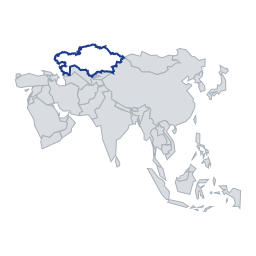 Kazakhstan on a map of Asia (Equal Earth projection)
{"feature_id": "KAZ", "entity_name": "Kazakhstan", "entity_type": "country or territory", "adm_level": 0, "iso_a3": "KAZ", "parent_name": "Asia", "parent_adm1": "", "projection": "equal_earth", "projection_center": [65.802, 47.999], "detail": "fine", "context": "in_parent", "style": "outline", "palette": "blue", "viewbox_px": 256, "rotation_deg": 0, "n_neighbors": 45, "source": "natural_earth", "source_scale": "50m", "svg_char_len": 16611}
<svg xmlns="http://www.w3.org/2000/svg" viewBox="0 0 256 256"><path d="M69.6,75.2L70.0,66.7L74.6,65.4L80.6,70.1L85.7,69.6L87.8,71.3L88.9,75.5L91.7,76.7L96.5,73.0L95.5,74.7L100.3,76.2L98.1,77.9L95.9,77.8L96.0,76.0L93.6,76.6L92.2,79.4L90.7,79.3L92.0,82.7L91.0,85.2L74.5,71.8L71.7,75.2L69.6,75.2Z" fill="#d9dde1" stroke="#a8b0b8" stroke-width="1"/><path d="M240.6,190.6L239.9,208.4L238.2,206.2L233.1,206.5L235.4,203.5L234.1,198.2L225.6,193.1L224.2,194.7L222.3,191.2L225.8,189.5L222.8,189.5L219.3,186.0L226.4,185.6L227.2,191.0L229.3,192.7L233.4,188.1L240.6,190.6ZM207.3,207.8L206.0,211.2L204.0,211.5L205.2,208.9L207.3,207.8ZM226.4,202.3L226.3,200.3L227.1,198.4L227.5,200.5L226.4,202.3ZM193.4,172.0L192.3,174.5L195.8,180.9L193.4,181.3L189.9,194.4L177.9,191.5L175.3,182.3L176.7,177.9L178.5,181.3L185.2,180.1L186.9,179.5L189.3,171.6L193.4,172.0ZM213.9,192.7L219.1,191.9L219.8,194.0L213.9,192.7ZM211.8,193.8L210.4,193.3L210.0,192.1L212.1,192.0L211.8,193.8ZM214.0,177.4L215.6,180.3L214.4,185.9L213.0,180.6L214.0,177.4ZM199.7,179.8L208.5,179.5L205.4,182.8L198.2,182.8L197.9,184.8L199.8,187.3L204.7,185.1L200.9,188.6L204.1,198.1L202.2,197.9L203.2,195.7L200.7,196.0L199.8,190.6L198.4,191.5L198.5,198.6L197.2,199.0L195.3,191.1L197.5,183.0L199.7,179.8ZM198.6,210.7L195.0,209.6L197.0,209.1L198.6,210.7ZM197.1,207.6L201.4,206.6L203.2,205.6L202.9,207.1L197.1,207.6ZM193.1,205.6L195.5,207.3L190.6,208.2L193.1,205.6ZM169.2,199.6L182.5,202.5L188.6,206.4L186.2,207.4L167.7,202.2L169.2,199.6ZM164.1,185.4L169.5,191.8L168.7,199.5L166.5,199.5L162.2,195.0L147.3,168.4L151.8,169.0L158.3,177.6L162.1,179.6L164.9,183.1L164.1,185.4Z" fill="#d9dde1" stroke="#a8b0b8" stroke-width="1"/><path d="M207.5,209.2L209.4,206.5L212.2,206.5L207.5,209.2Z" fill="#d9dde1" stroke="#a8b0b8" stroke-width="1"/><path d="M30.9,94.7L28.9,98.2L28.2,104.2L27.4,99.9L29.5,95.2L30.9,94.7Z" fill="#d9dde1" stroke="#a8b0b8" stroke-width="1"/><path d="M32.7,92.4L29.6,95.2L32.5,91.4L32.7,92.4Z" fill="#d9dde1" stroke="#a8b0b8" stroke-width="1"/><path d="M30.2,96.9L28.7,99.5L29.5,96.6L30.2,96.9Z" fill="#d9dde1" stroke="#a8b0b8" stroke-width="1"/><path d="M30.2,96.9L36.6,94.4L37.0,97.5L32.7,99.1L34.3,101.7L30.3,105.0L28.2,104.2L30.2,96.9Z" fill="#d9dde1" stroke="#a8b0b8" stroke-width="1"/><path d="M59.5,117.8L64.2,118.1L68.7,114.0L66.1,122.4L60.2,121.1L59.5,117.8Z" fill="#d9dde1" stroke="#a8b0b8" stroke-width="1"/><path d="M58.0,116.5L58.0,114.6L59.1,112.9L59.6,115.3L58.0,116.5Z" fill="#d9dde1" stroke="#a8b0b8" stroke-width="1"/><path d="M52.0,102.8L53.9,106.7L50.4,105.2L52.0,102.8Z" fill="#d9dde1" stroke="#a8b0b8" stroke-width="1"/><path d="M37.0,97.5L36.6,94.4L41.0,91.8L42.0,87.1L45.0,84.6L48.6,85.1L50.7,88.7L49.1,93.0L52.4,96.7L54.4,103.1L46.9,105.0L37.0,97.5Z" fill="#d9dde1" stroke="#a8b0b8" stroke-width="1"/><path d="M66.5,121.9L68.9,116.0L75.5,122.9L71.5,128.4L71.2,131.8L61.9,138.0L59.8,131.7L65.9,129.0L67.3,123.7L66.5,121.9ZM69.2,112.4L68.4,113.1L69.0,112.2L69.2,112.4Z" fill="#d9dde1" stroke="#a8b0b8" stroke-width="1"/><path d="M161.5,150.0L162.0,144.5L168.2,145.4L169.0,143.6L171.5,146.4L171.4,149.6L168.1,151.7L169.1,153.4L163.6,154.3L161.5,150.0Z" fill="#d9dde1" stroke="#a8b0b8" stroke-width="1"/><path d="M166.5,144.4L162.0,144.5L161.5,150.0L156.3,146.7L155.0,158.1L161.2,166.3L159.2,167.8L152.9,160.5L155.5,150.8L152.3,142.1L153.5,139.2L150.1,133.2L151.6,129.8L155.2,127.9L157.7,130.5L157.6,135.7L161.7,133.5L164.9,135.9L167.0,140.9L166.5,144.4Z" fill="#d9dde1" stroke="#a8b0b8" stroke-width="1"/><path d="M170.9,144.6L166.5,144.4L167.0,140.9L163.3,133.7L157.6,135.7L157.7,130.5L155.2,127.9L158.4,125.9L157.8,122.9L161.2,127.0L163.6,127.0L164.6,129.3L162.9,131.0L170.4,140.0L170.9,144.6Z" fill="#d9dde1" stroke="#a8b0b8" stroke-width="1"/><path d="M155.2,127.9L151.6,129.8L150.1,133.2L153.5,139.2L152.3,142.1L155.5,150.8L153.6,156.2L153.2,147.5L149.9,137.2L146.5,140.5L144.1,139.6L144.1,133.8L139.5,125.1L144.1,111.8L147.8,110.4L147.9,107.4L150.7,109.3L149.5,118.7L151.5,118.3L153.5,121.2L153.1,123.4L156.9,124.1L155.2,127.9Z" fill="#d9dde1" stroke="#a8b0b8" stroke-width="1"/><path d="M165.3,154.7L169.1,153.4L168.1,151.7L171.4,149.6L171.1,141.9L162.9,131.0L164.6,129.3L163.6,127.0L161.2,127.0L158.8,122.5L164.8,120.2L170.6,124.9L166.5,131.5L173.7,141.7L175.0,151.5L167.1,159.8L165.3,154.7Z" fill="#d9dde1" stroke="#a8b0b8" stroke-width="1"/><path d="M202.7,72.7L202.2,76.2L199.1,78.9L201.3,82.2L195.0,82.8L195.4,79.8L193.1,78.5L194.1,76.9L196.4,74.0L199.1,74.8L198.4,73.6L201.1,71.3L202.7,72.7Z" fill="#d9dde1" stroke="#a8b0b8" stroke-width="1"/><path d="M198.0,83.7L201.4,81.6L204.6,86.0L205.1,90.2L200.6,91.9L198.5,86.2L199.8,85.8L198.0,83.7Z" fill="#d9dde1" stroke="#a8b0b8" stroke-width="1"/><path d="M124.4,57.2L131.5,53.9L140.3,56.2L142.0,51.3L151.0,55.5L156.3,55.1L159.5,57.2L163.3,57.5L168.8,55.1L173.0,55.9L172.9,60.6L176.6,59.8L180.2,62.1L170.7,67.1L167.8,66.4L167.2,67.9L168.5,69.5L166.5,71.6L157.4,74.5L149.6,72.0L141.5,71.9L139.2,68.4L131.2,66.0L130.7,62.4L124.4,57.2Z" fill="#d9dde1" stroke="#a8b0b8" stroke-width="1"/><path d="M147.9,107.4L147.8,110.4L144.1,111.8L140.2,123.6L138.9,119.4L138.1,121.1L137.0,119.8L139.1,115.9L134.2,115.1L131.4,112.1L130.8,113.8L132.3,115.2L130.8,117.1L132.0,117.8L132.8,124.5L129.0,125.1L128.3,128.6L120.1,138.2L116.4,140.0L115.7,155.0L111.1,161.6L102.8,139.8L100.7,125.4L96.5,126.7L91.9,119.3L97.5,117.5L94.5,110.8L96.5,108.1L98.8,108.3L105.1,97.2L102.1,92.1L107.9,91.3L109.6,89.2L111.8,92.1L111.8,99.1L116.5,102.5L114.7,106.0L121.1,109.7L130.4,112.2L131.4,107.8L131.8,110.4L133.6,111.4L138.0,111.1L137.2,108.7L145.3,104.3L145.8,107.0L147.9,107.4Z" fill="#d9dde1" stroke="#a8b0b8" stroke-width="1"/><path d="M138.9,119.4L139.8,127.2L137.6,121.7L135.8,121.6L135.5,124.2L133.0,123.6L130.8,117.1L132.3,115.2L130.8,113.8L131.4,112.1L134.2,115.1L139.1,115.9L137.0,119.8L138.1,121.1L138.9,119.4Z" fill="#d9dde1" stroke="#a8b0b8" stroke-width="1"/><path d="M137.2,108.7L138.0,111.1L131.8,110.4L133.8,107.3L137.2,108.7Z" fill="#d9dde1" stroke="#a8b0b8" stroke-width="1"/><path d="M130.3,108.4L130.4,112.2L128.8,112.2L114.7,106.0L117.2,101.9L125.8,107.5L130.3,108.4Z" fill="#d9dde1" stroke="#a8b0b8" stroke-width="1"/><path d="M109.6,89.2L107.9,91.3L102.1,92.1L105.1,97.2L98.8,108.3L96.5,108.1L94.5,110.8L97.5,117.5L91.9,119.3L88.4,114.7L78.9,115.6L79.7,112.6L82.5,111.3L77.9,103.4L81.0,104.7L88.3,103.2L89.4,99.6L93.9,98.1L98.4,86.7L104.5,85.2L106.5,88.2L109.6,89.2Z" fill="#d9dde1" stroke="#a8b0b8" stroke-width="1"/><path d="M85.3,85.2L93.5,85.1L96.4,81.9L98.4,86.1L101.0,84.3L104.5,85.2L97.4,87.8L98.1,90.0L96.8,92.9L95.0,92.8L95.8,94.5L93.9,98.1L89.4,99.6L88.3,103.2L81.0,104.7L77.9,103.4L79.6,101.1L77.4,95.4L78.8,88.8L82.0,89.4L85.3,85.2Z" fill="#d9dde1" stroke="#a8b0b8" stroke-width="1"/><path d="M91.0,85.2L92.0,82.7L90.7,79.3L96.0,76.0L96.7,77.7L93.9,79.4L101.6,79.7L104.1,84.5L98.4,86.1L96.4,81.9L93.5,85.1L91.0,85.2Z" fill="#d9dde1" stroke="#a8b0b8" stroke-width="1"/><path d="M96.5,73.0L101.0,72.4L102.2,70.6L113.0,72.8L101.6,79.7L93.9,79.4L94.1,78.1L100.3,76.2L95.5,74.7L96.5,73.0Z" fill="#d9dde1" stroke="#a8b0b8" stroke-width="1"/><path d="M63.5,74.1L66.4,72.8L68.7,75.3L71.7,75.2L74.5,71.8L88.6,83.1L88.6,84.6L87.2,83.9L80.6,89.7L78.8,88.8L78.6,86.8L71.8,83.0L65.4,85.0L65.6,80.8L63.6,78.2L64.1,76.2L67.4,76.0L65.7,73.3L64.0,75.6L63.5,74.1Z" fill="#d9dde1" stroke="#a8b0b8" stroke-width="1"/><path d="M54.4,103.1L52.4,96.7L49.1,93.0L50.7,88.7L47.8,83.2L47.9,79.7L51.4,81.3L55.1,79.3L56.8,84.1L59.7,85.8L65.2,85.6L70.5,82.8L78.6,86.8L77.4,95.4L79.6,101.1L77.9,103.4L82.5,111.3L79.7,112.6L78.9,115.6L70.9,113.9L70.2,110.7L63.5,111.1L59.8,108.4L57.4,102.6L54.4,103.1Z" fill="#d9dde1" stroke="#a8b0b8" stroke-width="1"/><path d="M30.6,96.1L32.7,92.4L31.7,89.4L33.7,86.0L44.1,85.0L42.0,87.1L41.0,91.8L32.6,97.1L30.6,96.1Z" fill="#d9dde1" stroke="#a8b0b8" stroke-width="1"/><path d="M52.1,81.2L47.3,77.7L47.4,75.7L50.9,76.4L52.1,81.2Z" fill="#d9dde1" stroke="#a8b0b8" stroke-width="1"/><path d="M48.6,85.1L33.7,86.0L32.3,88.4L32.6,86.4L30.0,86.0L20.5,87.6L16.9,86.3L15.4,79.6L21.7,75.4L29.6,73.5L37.9,76.1L45.8,74.6L49.2,79.0L47.9,79.7L48.6,85.1ZM16.3,74.0L19.8,73.6L21.2,75.2L16.0,77.9L16.3,74.0Z" fill="#d9dde1" stroke="#a8b0b8" stroke-width="1"/><path d="M119.8,162.8L119.5,165.6L116.9,167.0L115.5,160.9L116.3,156.5L119.8,162.8Z" fill="#d9dde1" stroke="#a8b0b8" stroke-width="1"/><path d="M174.3,133.8L172.3,130.7L176.4,128.8L175.9,132.5L174.3,133.8ZM101.6,79.7L114.0,70.8L112.1,66.9L116.3,65.5L117.1,61.5L120.6,62.2L121.3,59.0L124.4,57.2L130.7,62.4L131.2,66.0L139.2,68.4L141.5,71.9L149.6,72.0L157.4,74.5L164.6,72.4L168.5,69.5L167.2,67.9L167.8,66.4L170.7,67.1L176.4,62.9L180.3,62.9L176.6,59.8L172.1,59.7L173.0,55.9L177.2,55.3L178.2,51.5L176.7,49.9L179.6,48.5L186.2,49.8L191.6,56.2L194.8,56.8L198.9,60.4L205.2,58.9L204.8,66.4L201.4,66.8L202.7,72.7L201.1,71.3L198.4,73.6L199.1,74.8L196.4,74.0L193.1,78.5L187.9,80.9L188.9,77.3L187.7,76.1L181.6,81.3L186.4,85.1L188.1,83.4L191.1,84.4L191.8,85.7L186.7,90.6L193.5,98.7L192.8,101.2L194.8,103.4L194.8,107.5L190.4,117.0L185.6,121.7L176.0,125.3L175.6,128.1L174.6,128.3L174.2,125.3L168.5,124.2L167.6,121.6L164.8,120.2L157.8,122.9L158.4,125.9L153.1,123.4L153.5,121.2L151.5,118.3L149.5,118.7L150.7,109.3L149.0,107.2L145.8,107.0L145.3,104.3L138.7,108.3L133.8,107.3L131.7,109.9L131.4,107.8L125.8,107.5L111.8,99.1L111.8,92.1L106.5,88.2L101.6,79.7Z" fill="#d9dde1" stroke="#a8b0b8" stroke-width="1"/><path d="M195.7,115.1L196.0,121.6L195.5,123.8L193.6,119.6L195.7,115.1Z" fill="#d9dde1" stroke="#a8b0b8" stroke-width="1"/><path d="M52.6,73.9L55.0,75.6L56.5,74.0L59.4,77.7L57.9,77.9L56.4,82.3L55.1,79.3L52.1,81.2L50.7,78.5L49.9,75.3L52.6,75.8L52.6,73.9ZM51.4,81.3L50.2,81.0L49.2,79.0L50.9,79.5L51.4,81.3Z" fill="#d9dde1" stroke="#a8b0b8" stroke-width="1"/><path d="M41.6,70.3L51.1,72.4L52.9,75.5L43.8,74.7L44.0,72.1L41.6,70.3Z" fill="#d9dde1" stroke="#a8b0b8" stroke-width="1"/><path d="M199.2,150.0L197.1,146.6L199.6,147.6L199.2,150.0ZM203.3,158.7L202.9,153.6L203.8,155.3L205.1,152.6L203.3,158.7ZM208.1,156.6L210.7,163.7L210.2,166.2L209.3,163.4L208.4,164.8L208.6,168.1L206.1,166.5L204.7,161.9L201.4,163.7L204.3,159.6L208.3,158.8L208.1,156.6ZM196.3,154.5L191.6,160.5L195.8,152.3L196.3,154.5ZM199.9,133.8L199.7,144.2L204.3,145.7L204.8,149.1L202.3,146.3L197.6,145.5L198.2,143.7L195.8,141.3L196.5,133.0L199.9,133.8ZM201.0,154.8L200.5,150.8L203.1,151.7L201.0,154.8ZM207.8,150.1L208.6,153.1L207.0,152.4L206.8,155.6L205.2,149.0L207.8,150.1Z" fill="#d9dde1" stroke="#a8b0b8" stroke-width="1"/><path d="M157.0,165.7L162.9,168.2L165.7,179.9L159.9,175.8L157.0,165.7ZM193.4,172.0L189.3,171.6L186.9,179.5L178.5,181.3L177.1,179.7L176.7,177.9L179.8,178.3L180.2,176.0L183.5,174.9L185.9,171.0L188.2,171.6L190.8,164.4L196.0,168.6L193.4,172.0Z" fill="#d9dde1" stroke="#a8b0b8" stroke-width="1"/><path d="M188.4,168.4L188.2,171.6L186.9,172.4L185.9,171.0L188.4,168.4Z" fill="#d9dde1" stroke="#a8b0b8" stroke-width="1"/><path d="M225.6,80.2L225.8,90.1L220.5,91.4L218.6,94.2L216.5,91.4L209.4,93.2L211.7,95.0L211.5,99.3L209.4,99.4L209.3,97.1L206.8,94.6L211.4,89.3L217.0,89.1L217.6,84.8L219.2,85.9L221.9,82.6L221.0,75.5L222.7,75.0L225.6,80.2ZM226.1,69.0L226.9,68.1L228.4,70.7L225.4,73.6L222.0,72.0L222.0,74.6L220.0,74.6L218.9,72.3L221.0,70.4L219.9,65.4L226.1,69.0ZM212.2,94.2L214.5,92.0L216.5,93.4L213.9,96.1L212.2,94.2Z" fill="#d9dde1" stroke="#a8b0b8" stroke-width="1"/><path d="M59.8,131.7L61.9,138.0L59.9,140.8L42.3,148.8L40.7,141.8L42.5,135.5L49.7,137.2L54.1,132.7L59.8,131.7Z" fill="#d9dde1" stroke="#a8b0b8" stroke-width="1"/><path d="M28.2,104.6L33.3,102.9L34.3,101.7L32.7,99.1L37.0,97.5L46.9,105.0L52.1,105.5L57.0,111.5L60.2,121.1L66.5,121.9L67.3,123.7L65.9,129.0L54.1,132.7L49.7,137.2L42.5,135.5L41.2,138.8L34.7,125.6L33.8,119.3L27.3,107.9L28.2,104.6Z" fill="#d9dde1" stroke="#a8b0b8" stroke-width="1"/><path d="M29.3,88.8L26.0,91.5L24.9,90.2L29.3,88.8Z" fill="#d9dde1" stroke="#a8b0b8" stroke-width="1"/><path d="M96.4,73.0L96.0,73.2L95.8,73.5L95.5,73.4L94.9,74.0L94.2,74.4L93.7,74.7L93.7,74.8L93.3,74.9L93.1,75.1L93.1,75.3L92.5,75.8L92.3,76.2L92.2,76.5L92.3,76.7L92.3,76.8L92.0,76.8L91.5,76.6L91.3,76.4L91.4,75.9L91.1,75.5L90.9,75.5L90.7,75.5L89.1,75.6L88.9,75.5L88.7,74.8L88.5,73.6L87.6,73.6L87.7,72.9L87.8,71.3L87.3,71.5L86.7,70.5L86.3,70.3L85.7,69.6L84.9,70.0L82.7,69.8L80.5,70.1L79.1,68.6L79.0,68.2L78.9,68.1L74.7,65.4L70.1,66.7L69.7,75.2L68.9,75.3L68.7,75.2L68.4,74.9L67.7,73.7L66.5,72.8L65.7,72.9L64.5,73.2L64.2,73.4L63.5,74.1L63.5,73.3L63.8,72.6L63.9,72.3L63.8,71.8L63.6,71.7L63.2,71.7L62.6,71.6L62.3,71.0L62.1,70.9L61.6,70.9L61.6,70.1L61.3,69.5L60.9,68.5L60.7,68.4L60.1,68.2L60.0,67.9L60.1,67.6L60.3,67.5L61.1,67.5L61.6,67.8L62.0,67.7L62.3,67.7L62.1,67.6L61.9,67.5L61.5,67.1L61.4,66.9L61.5,66.7L61.8,66.4L61.9,66.2L62.2,65.9L62.4,65.9L62.7,65.8L64.0,65.8L64.8,66.0L65.3,65.9L64.7,65.6L64.6,65.4L64.8,64.9L65.1,64.5L65.3,64.0L65.3,63.5L65.2,63.4L65.3,63.2L65.5,62.9L65.3,62.5L65.1,62.3L64.3,62.2L64.1,62.4L63.7,62.6L63.5,62.4L63.0,62.3L62.8,62.1L62.1,61.9L61.6,62.1L61.0,62.5L60.7,62.5L59.8,63.1L58.8,63.3L58.8,63.5L58.7,63.4L58.5,63.6L57.6,63.2L57.4,63.0L57.4,62.8L57.6,62.7L58.1,62.8L58.2,62.7L57.6,61.5L57.0,60.6L55.9,60.4L55.6,60.6L55.4,60.4L55.3,60.1L55.4,59.7L55.2,59.4L54.6,59.1L54.6,58.7L54.8,58.2L55.1,57.9L55.3,57.7L55.5,57.5L55.5,57.4L55.1,57.0L55.2,56.7L55.4,56.3L55.6,56.0L56.0,55.6L56.2,55.2L56.6,54.8L56.9,54.8L57.8,55.9L58.0,56.0L58.6,55.8L58.7,55.6L58.5,54.3L58.8,54.4L59.7,53.8L59.9,53.5L60.1,53.3L60.6,53.2L61.5,52.8L62.4,52.0L63.0,52.2L63.1,52.3L63.2,52.5L63.7,52.5L64.4,52.1L64.7,52.0L64.9,52.1L65.2,52.4L65.3,52.5L66.5,52.5L66.9,52.7L67.1,53.0L67.5,53.2L67.8,53.4L68.2,54.0L68.3,54.4L68.4,54.5L68.6,54.4L68.6,54.2L68.6,53.8L68.5,53.6L69.0,53.6L69.8,54.2L70.3,54.4L71.0,54.1L71.1,53.8L71.7,53.5L71.9,53.6L72.6,53.4L72.9,53.4L73.3,53.8L73.7,53.7L74.0,53.3L74.9,53.4L75.2,53.6L75.7,54.2L76.6,54.3L76.8,54.4L76.7,54.6L77.2,54.4L77.5,53.9L78.0,54.1L78.3,54.2L78.6,54.2L79.1,54.2L79.6,54.0L79.9,53.8L80.2,53.0L80.2,52.8L79.9,52.6L79.3,52.5L79.2,52.4L78.4,52.1L78.3,51.9L77.8,51.6L77.7,51.6L77.8,51.5L78.4,51.2L78.8,51.1L79.3,50.7L79.0,50.0L79.0,49.9L79.5,49.4L80.0,49.4L81.0,49.5L81.2,49.3L81.2,49.2L80.5,48.9L79.7,48.8L79.7,48.7L79.8,48.4L80.1,48.4L80.3,48.3L80.2,48.2L79.8,48.2L79.4,48.1L79.6,47.8L79.7,47.4L79.8,47.3L80.0,47.2L81.0,47.4L81.9,47.3L82.1,47.2L82.8,47.1L83.0,47.0L84.1,46.8L84.7,46.6L85.1,46.5L85.4,46.6L85.9,46.5L86.1,46.6L86.4,46.3L86.7,46.0L87.1,46.1L87.5,45.9L87.5,46.0L88.0,46.0L90.3,45.5L90.5,45.4L91.1,45.3L91.2,45.2L91.7,44.9L92.0,44.7L92.4,44.5L93.2,44.6L94.3,45.0L94.6,44.9L94.8,44.7L95.2,44.7L95.5,45.0L96.0,46.1L95.9,46.6L95.8,46.8L96.3,47.0L97.2,46.9L97.3,46.9L97.5,46.7L98.0,47.1L98.0,47.4L98.3,47.3L98.3,47.1L98.8,47.1L99.2,47.3L99.4,47.4L99.6,47.4L100.0,47.2L100.1,47.4L99.7,47.7L99.5,47.9L99.5,48.1L99.6,48.4L100.1,48.2L100.4,48.1L101.0,48.2L101.2,48.3L101.3,48.3L101.4,48.0L102.0,47.7L102.3,47.7L102.6,47.5L102.9,47.4L102.9,47.2L103.3,47.1L104.2,46.7L104.6,46.6L105.2,46.4L105.1,46.7L104.9,47.0L104.5,47.0L104.6,47.3L104.8,47.4L106.7,48.6L107.0,48.8L108.1,50.1L110.0,52.5L111.0,54.0L111.2,53.9L111.4,53.7L111.7,53.6L111.7,53.2L112.1,52.9L112.4,52.9L112.5,53.1L112.8,53.1L112.8,53.6L113.3,53.6L113.4,53.9L113.4,54.0L113.5,54.1L114.3,54.0L114.5,54.1L115.2,54.1L115.4,54.0L115.6,53.7L116.0,53.7L116.3,53.5L116.6,53.5L117.2,53.8L117.6,54.0L118.1,54.5L118.3,55.0L118.9,55.2L119.3,55.4L119.6,55.5L119.6,55.9L120.1,56.5L121.3,56.6L121.7,56.7L122.4,56.1L122.5,56.1L122.6,56.3L122.4,56.5L122.6,56.6L122.8,56.7L123.2,57.2L123.6,57.3L123.8,57.6L123.3,57.6L122.9,57.7L122.8,57.9L122.9,58.1L122.8,58.5L122.6,58.8L122.1,59.0L121.3,59.1L121.1,59.5L121.0,60.2L121.2,61.1L121.4,61.4L121.4,61.6L121.2,62.0L120.7,62.1L120.4,62.4L120.0,62.6L119.8,62.3L119.2,62.2L118.7,62.3L118.1,62.1L117.0,61.7L116.9,61.8L116.9,62.3L116.3,64.1L116.0,65.3L116.1,65.5L116.6,65.7L116.6,66.0L116.5,66.4L116.0,66.2L115.5,66.3L115.2,66.2L115.0,65.9L113.6,66.4L113.2,66.4L112.2,66.7L111.9,66.9L112.1,67.1L112.6,67.1L113.0,67.3L112.8,67.5L112.9,68.7L113.2,69.2L113.5,70.0L113.6,70.3L113.6,70.5L113.8,70.9L113.8,71.0L113.5,71.0L113.1,71.2L113.1,71.3L113.4,71.5L112.9,71.7L112.9,71.9L112.8,72.1L113.0,73.0L112.4,72.6L111.5,72.5L111.1,72.0L111.0,71.8L110.9,71.8L110.5,71.8L109.9,71.6L109.0,71.6L108.6,71.5L107.6,71.5L107.1,71.3L106.3,71.4L105.1,71.4L104.7,71.7L104.3,71.6L103.3,71.3L102.2,70.7L102.1,70.8L101.7,70.8L101.6,71.0L101.0,71.3L100.8,72.2L101.0,72.6L100.8,72.6L100.6,72.4L99.8,72.3L99.6,72.1L98.8,71.8L97.9,71.7L97.0,71.9L96.6,72.3L96.5,72.5L96.3,72.8L96.4,73.0ZM59.9,67.0L59.6,66.8L59.7,66.6L59.8,66.5L59.7,66.7L59.7,66.8L59.8,66.9L59.9,67.0ZM64.4,65.7L64.2,65.6L64.3,65.5L64.4,65.7Z" fill="none" stroke="#1e3a8a" stroke-width="2"/></svg>